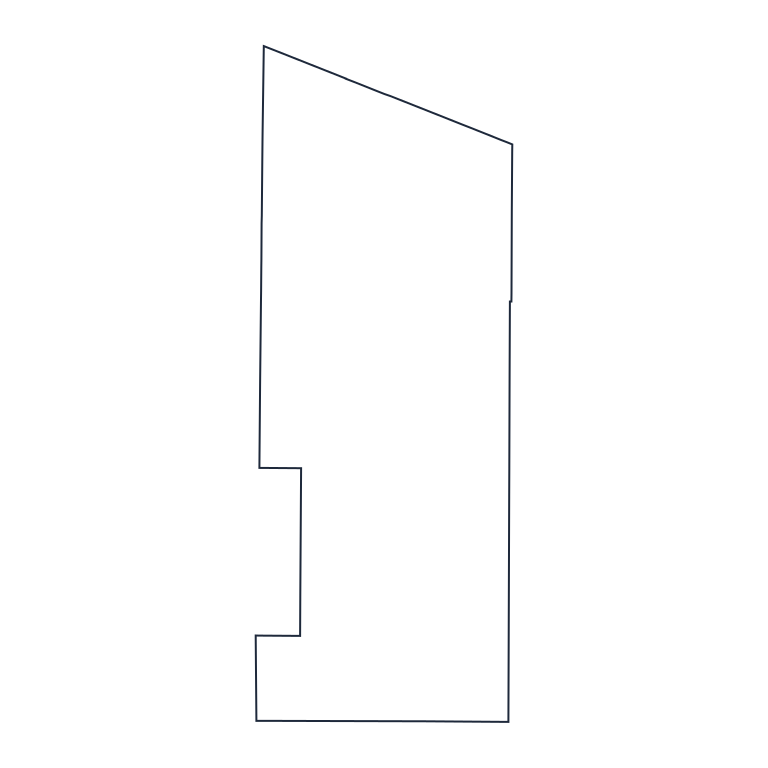 outline of San Lorenzo, Chaco, Argentina
{"feature_id": "61730980B68692027499582", "entity_name": "San Lorenzo", "entity_type": "district", "adm_level": 2, "iso_a3": "ARG", "parent_name": "Argentina", "parent_adm1": "Chaco", "projection": "orthographic", "projection_center": [-60.378, -27.376], "detail": "fine", "context": "isolated", "style": "outline", "palette": "slate", "viewbox_px": 768, "rotation_deg": 0, "n_neighbors": 0, "source": "geoboundaries", "source_scale": "gbopen_adm2", "svg_char_len": 670}
<svg xmlns="http://www.w3.org/2000/svg" viewBox="0 0 768 768"><path d="M511.4,301.5L511.5,293.5L511.8,211.4L512.2,151.3L512.3,144.4L506.6,142.1L501.1,140.0L493.4,136.9L470.1,127.6L462.4,124.6L455.1,121.7L390.2,96.0L384.4,94.0L377.3,91.2L353.7,81.8L345.9,78.8L346.0,78.6L272.0,49.3L267.9,47.7L263.8,46.1L262.6,131.9L262.5,140.3L262.3,160.2L261.8,215.7L261.6,223.3L261.4,259.7L261.3,266.7L261.1,291.6L261.0,298.9L260.1,383.5L259.4,467.9L301.1,468.2L300.3,594.3L300.1,635.9L258.6,635.6L255.7,635.5L256.4,720.9L281.7,720.9L426.3,721.3L508.4,721.9L508.7,638.7L509.2,492.3L509.3,469.6L509.6,374.3L509.9,301.5L511.4,301.5Z" fill="none" stroke="#1e293b" stroke-width="2"/></svg>